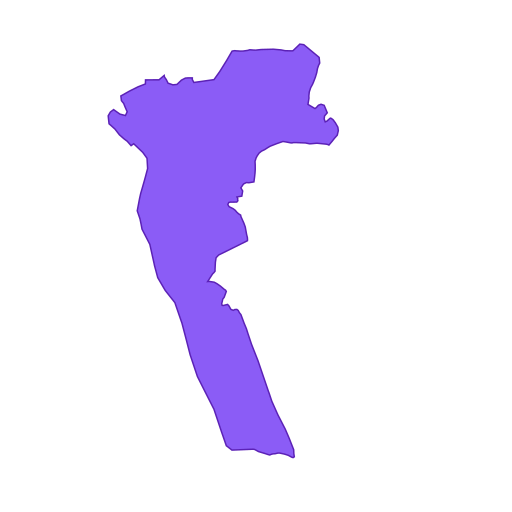 Biyalu, Kafr ash Shaykh, Egypt (Albers equal-area conic projection), rotated 166°
{"feature_id": "37247803B81724678096325", "entity_name": "Biyalu", "entity_type": "district", "adm_level": 2, "iso_a3": "EGY", "parent_name": "Egypt", "parent_adm1": "Kafr ash Shaykh", "projection": "albers", "projection_center": [31.181, 31.319], "detail": "fine", "context": "isolated", "style": "filled", "palette": "violet", "viewbox_px": 512, "rotation_deg": 166, "n_neighbors": 0, "source": "geoboundaries", "source_scale": "gbopen_adm2", "svg_char_len": 3706}
<svg xmlns="http://www.w3.org/2000/svg" viewBox="0 0 512 512"><g transform="rotate(166 256 256)"><path d="M158.4,346.0L154.5,348.8L151.4,351.2L147.9,353.6L146.9,355.6L145.8,357.7L145.4,361.2L146.8,366.1L147.4,367.5L148.1,369.3L148.8,370.3L150.1,371.7L150.8,371.7L153.3,370.4L154.6,369.7L156.4,369.4L156.7,372.5L155.6,375.3L152.2,377.7L153.4,385.7L156.2,387.5L158.9,387.2L160.0,386.5L161.4,385.5L163.1,384.8L168.9,390.5L166.4,396.4L166.0,398.5L164.6,402.3L162.2,406.1L159.7,408.8L158.3,410.6L156.4,413.3L155.2,415.0L152.7,419.2L151.0,423.0L149.2,425.8L147.5,427.8L146.7,433.4L147.3,434.3L147.9,435.1L150.4,438.5L158.5,449.5L158.8,449.6L160.0,450.1L162.3,451.0L163.4,450.3L170.0,446.5L170.6,446.2L172.1,446.5L177.9,448.1L178.2,448.2L181.8,449.9L189.3,452.5L190.3,452.7L200.2,454.9L201.8,455.2L206.4,455.8L207.5,456.1L208.2,456.3L212.1,457.6L212.5,457.6L214.3,457.5L219.1,458.0L219.8,458.2L221.7,458.6L222.8,459.0L225.4,459.8L227.0,460.4L229.6,460.6L230.6,459.6L237.0,453.0L243.7,446.5L246.5,443.8L251.3,439.7L254.1,437.3L274.3,439.4L275.1,442.6L274.8,443.9L274.7,444.2L275.3,444.4L279.0,445.3L280.3,445.5L280.6,445.6L281.6,445.7L284.9,444.9L285.8,444.7L287.3,443.8L287.9,443.5L290.8,441.8L291.2,441.6L295.3,442.2L295.7,442.5L298.6,444.4L299.5,444.9L300.4,449.0L301.5,451.8L301.4,453.4L307.5,450.4L310.7,451.2L320.6,453.6L321.7,449.7L328.7,448.8L329.5,448.7L336.7,447.1L338.9,446.6L348.4,444.0L349.0,439.3L347.8,436.7L347.5,436.2L347.0,432.4L346.1,427.1L347.5,425.4L348.7,423.9L349.1,424.1L353.7,426.6L358.5,432.2L358.7,432.5L362.1,431.1L362.5,430.9L365.2,428.1L365.5,427.8L365.9,425.1L366.6,419.8L365.1,417.7L363.1,414.7L362.2,413.4L359.2,406.6L355.8,401.7L353.2,398.5L350.5,393.3L347.5,394.5L341.1,384.4L340.8,383.9L338.1,377.2L340.0,367.1L343.9,360.0L346.1,356.1L350.3,348.8L352.7,344.7L355.0,340.1L360.3,328.6L359.7,321.4L359.6,320.0L359.8,314.8L360.1,309.6L358.8,304.1L356.2,293.0L356.7,273.7L356.8,271.2L356.6,260.2L356.6,258.8L352.4,244.5L346.0,230.4L344.4,211.9L344.1,208.9L343.9,192.1L343.8,177.2L343.8,176.1L342.0,153.2L338.9,139.5L334.1,118.5L333.9,117.9L332.0,93.7L331.3,86.0L330.7,79.1L326.3,73.5L307.3,69.6L305.4,69.2L304.1,68.6L303.1,67.7L301.4,66.1L301.0,65.7L295.3,62.3L294.8,62.0L292.1,60.3L290.8,59.6L289.0,59.9L287.3,59.9L285.2,59.5L282.5,59.5L280.8,59.1L276.3,56.9L272.9,54.8L270.2,52.3L268.8,51.4L267.4,51.9L267.1,55.1L266.3,58.9L267.9,71.1L269.5,80.9L273.2,96.6L275.8,111.3L276.5,120.3L276.7,121.8L279.4,153.9L281.7,171.4L282.6,182.9L282.9,187.8L283.8,193.7L284.8,202.8L285.8,204.9L286.4,207.4L287.5,208.8L289.5,209.2L291.2,208.8L293.3,210.3L294.3,214.1L295.3,215.9L297.4,215.9L299.8,215.9L300.8,216.3L300.8,218.1L299.7,220.1L298.7,222.2L296.9,223.6L294.8,226.7L293.4,228.8L293.8,230.2L295.1,231.6L297.8,235.4L300.6,238.6L302.9,240.7L307.4,242.6L309.1,242.9L302.5,249.1L300.8,250.1L299.4,251.2L299.0,252.9L296.9,259.8L295.3,263.6L295.1,264.0L292.0,266.0L276.0,269.5L260.6,272.9L260.3,273.8L259.9,276.0L259.9,277.1L259.9,279.2L259.4,286.8L259.8,290.7L261.1,298.0L261.0,299.4L262.7,301.2L264.1,303.3L265.1,305.4L266.8,307.5L270.2,310.4L270.6,311.8L270.9,312.8L269.5,314.5L269.1,314.5L267.8,314.5L266.4,314.1L261.6,313.0L260.2,314.0L260.2,315.1L259.8,316.1L260.2,317.9L255.3,317.5L253.2,322.3L254.2,325.8L250.7,328.9L247.6,329.6L245.2,328.8L240.1,328.4L238.3,332.9L236.9,336.7L235.8,340.2L234.7,344.7L234.5,345.8L234.0,348.2L232.6,350.4L232.3,351.0L230.5,353.0L228.1,355.1L225.3,356.4L221.9,357.1L218.1,358.4L215.7,359.1L208.8,360.0L202.2,360.6L200.2,359.8L199.5,359.5L195.0,357.4L193.7,357.0L192.3,357.0L189.5,356.3L184.4,354.8L183.0,354.4L180.6,353.7L176.9,351.9L174.8,351.5L169.6,350.7L160.7,347.5L158.7,346.4L158.4,346.0Z" fill="#8b5cf6" stroke="#5b21b6" stroke-width="1.5"/></g></svg>